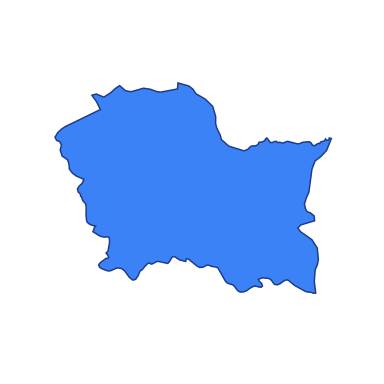 Lesser Poland, Robinson projection, rotated 16°
{"feature_id": "POL-3170", "entity_name": "Lesser Poland", "entity_type": "Voivodeship", "adm_level": 1, "iso_a3": "POL", "parent_name": "Poland", "parent_adm1": "", "projection": "robinson", "projection_center": [20.414, 49.829], "detail": "fine", "context": "isolated", "style": "filled", "palette": "blue", "viewbox_px": 384, "rotation_deg": 16, "n_neighbors": 0, "source": "natural_earth", "source_scale": "10m", "svg_char_len": 3125}
<svg xmlns="http://www.w3.org/2000/svg" viewBox="0 0 384 384"><g transform="rotate(16 192 192)"><path d="M117.4,259.8L114.7,259.5L107.7,257.5L108.0,255.7L107.9,253.2L108.1,252.4L108.7,251.4L103.8,251.4L101.2,250.8L99.1,249.5L98.5,248.4L96.5,243.4L94.4,235.6L92.9,232.5L90.0,230.9L89.1,230.1L87.1,227.1L86.0,226.7L85.4,224.9L82.5,223.3L81.0,220.5L82.0,217.3L84.1,213.8L84.6,209.7L76.3,208.5L71.8,206.8L67.8,203.8L66.0,199.0L63.5,195.3L57.3,193.3L53.7,187.9L53.5,182.7L50.9,180.0L47.6,179.7L45.2,177.1L46.6,171.9L49.4,167.3L52.1,164.1L81.2,138.0L75.5,131.7L69.1,126.6L72.9,124.2L81.1,125.1L86.4,119.1L89.8,113.6L93.1,109.7L99.8,112.8L102.9,112.8L106.0,112.3L116.8,105.6L123.5,104.7L130.3,105.2L134.2,104.7L149.6,97.0L149.2,94.3L148.4,91.0L159.9,91.0L164.7,93.0L168.8,96.5L179.0,99.0L188.3,104.0L193.9,112.8L195.9,119.8L198.0,123.4L203.5,129.6L205.8,133.5L214.8,137.8L230.8,138.1L234.4,135.0L234.9,133.4L236.4,131.5L240.4,130.0L242.0,128.7L242.4,127.9L242.5,126.3L243.0,125.5L243.5,125.2L244.5,125.2L245.0,125.0L247.5,122.9L248.3,120.3L249.1,119.4L253.7,122.9L255.7,122.2L257.4,120.8L259.0,120.0L260.9,120.9L262.5,120.1L265.9,119.8L267.0,119.3L268.2,118.0L269.2,117.3L270.5,116.9L279.5,116.7L281.3,116.3L282.7,115.4L283.8,114.3L285.0,113.6L290.0,111.6L291.2,111.4L293.0,112.0L294.1,113.1L295.3,113.9L297.4,113.6L297.4,113.3L299.5,110.9L300.4,110.4L301.0,110.4L301.5,110.1L301.6,108.8L302.3,108.0L303.7,107.4L305.1,106.4L305.8,104.2L306.9,105.0L307.7,105.0L309.1,104.2L309.2,103.8L309.1,103.0L309.0,102.3L309.5,102.1L311.2,102.2L309.9,115.0L306.2,122.2L301.7,128.4L301.0,137.0L304.4,159.9L303.5,166.7L303.4,172.7L304.5,174.5L305.5,176.6L308.1,179.2L311.6,179.4L316.1,181.4L317.8,185.9L305.7,193.6L303.6,197.4L307.2,200.2L320.4,204.8L327.8,211.3L332.1,222.1L332.5,227.6L331.9,233.0L334.2,244.3L338.6,254.7L338.8,255.1L336.6,255.9L334.8,255.5L330.2,256.3L328.2,256.3L316.3,253.5L309.4,250.5L307.7,250.2L305.5,251.4L301.7,256.1L299.6,257.7L297.0,258.1L295.1,257.0L293.3,255.4L291.1,254.2L289.2,254.0L284.2,254.9L282.4,255.6L279.9,257.9L281.4,259.3L284.2,260.7L285.7,263.1L284.7,264.5L282.5,264.9L279.9,264.9L278.0,265.2L275.4,267.2L271.5,272.1L268.8,274.0L265.9,274.9L263.7,274.5L261.7,273.3L259.7,271.6L257.4,270.2L255.5,269.9L253.4,270.0L250.6,269.7L248.7,268.5L237.8,257.8L235.9,257.5L231.3,258.1L228.6,257.8L227.5,257.8L226.2,258.4L224.3,260.4L222.9,261.5L220.0,262.4L217.3,261.8L206.9,257.4L205.0,257.8L205.1,260.5L198.7,260.7L193.7,259.1L192.3,259.1L191.0,259.9L190.6,260.9L190.3,262.3L189.7,264.5L188.8,266.7L188.2,267.4L178.7,268.0L176.9,268.9L174.2,271.6L173.0,272.5L170.3,272.2L170.0,272.0L169.3,272.8L166.9,277.1L166.2,279.0L165.4,280.7L163.9,282.2L163.2,287.6L161.9,291.5L159.5,293.0L155.4,291.4L149.1,286.5L145.7,285.0L141.8,285.3L139.5,286.7L137.1,288.8L135.4,290.2L132.7,291.1L127.0,290.7L123.9,289.8L122.4,288.0L122.9,285.9L127.5,279.7L128.1,279.3L128.9,279.1L129.6,278.8L129.9,277.9L129.6,277.2L128.7,276.4L128.4,275.9L126.8,274.9L126.3,274.4L126.4,273.7L127.4,272.6L127.5,271.9L126.8,264.4L126.2,261.8L125.1,258.9L124.0,258.2L119.9,259.6L117.4,259.8Z" fill="#3b82f6" stroke="#1e3a8a" stroke-width="1.5"/></g></svg>